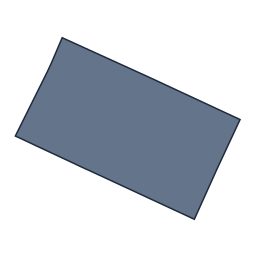 Boone, Illinois, United States of America, rotated 295°
{"feature_id": "52423323B68053361543387", "entity_name": "Boone", "entity_type": "district", "adm_level": 2, "iso_a3": "USA", "parent_name": "United States of America", "parent_adm1": "Illinois", "projection": "robinson", "projection_center": [-88.831, 42.324], "detail": "fine", "context": "isolated", "style": "filled", "palette": "slate", "viewbox_px": 256, "rotation_deg": 295, "n_neighbors": 0, "source": "geoboundaries", "source_scale": "gbopen_adm2", "svg_char_len": 305}
<svg xmlns="http://www.w3.org/2000/svg" viewBox="0 0 256 256"><g transform="rotate(295 128 128)"><path d="M73.3,226.7L128.2,226.0L183.0,226.0L182.9,125.6L182.0,30.2L154.9,31.1L149.7,31.1L144.9,31.1L73.1,29.3L73.0,101.2L73.1,116.1L73.3,226.7Z" fill="#64748b" stroke="#1e293b" stroke-width="1.5"/></g></svg>